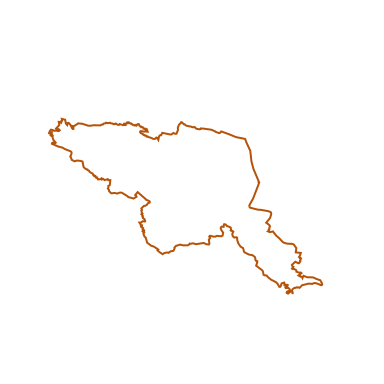 Kudus, Jawa Tengah, Indonesia, rotated 291°
{"feature_id": "22746128B61967707401144", "entity_name": "Kudus", "entity_type": "district", "adm_level": 2, "iso_a3": "IDN", "parent_name": "Indonesia", "parent_adm1": "Jawa Tengah", "projection": "equal_earth", "projection_center": [110.867, -6.798], "detail": "fine", "context": "isolated", "style": "outline", "palette": "amber", "viewbox_px": 384, "rotation_deg": 291, "n_neighbors": 0, "source": "geoboundaries", "source_scale": "gbopen_adm2", "svg_char_len": 6064}
<svg xmlns="http://www.w3.org/2000/svg" viewBox="0 0 384 384"><g transform="rotate(291 192 192)"><path d="M132.7,322.4L133.9,322.2L134.5,321.9L135.0,321.3L135.4,320.9L135.6,320.3L137.8,321.0L139.4,322.2L139.5,322.9L140.5,323.8L140.5,324.6L141.1,325.2L141.1,326.8L144.4,328.2L148.2,333.6L149.4,337.4L150.5,338.3L151.2,339.8L151.4,342.8L151.2,345.8L151.6,346.5L152.3,346.6L152.3,346.3L153.5,345.9L155.6,343.3L155.4,339.2L155.7,336.3L155.4,334.8L153.7,330.1L153.7,326.1L151.3,326.0L152.2,325.2L151.9,324.0L152.2,323.5L151.9,323.4L152.2,321.3L155.5,323.2L155.8,322.3L155.1,321.2L155.0,318.0L156.0,317.7L156.4,317.2L156.9,314.3L156.2,313.9L156.3,312.9L158.4,313.3L158.3,312.7L159.7,311.4L163.9,313.4L163.6,316.6L164.0,316.7L164.0,317.5L165.5,317.9L166.4,318.0L166.7,317.4L168.8,317.6L168.9,316.7L169.4,316.8L169.7,315.2L171.6,315.6L174.1,315.4L172.8,310.5L177.0,309.5L179.5,305.8L179.4,303.9L177.9,299.4L177.6,296.2L177.8,294.7L180.0,290.2L181.5,286.1L184.2,281.7L182.4,279.1L182.5,277.0L183.6,277.7L184.3,277.1L185.3,277.6L186.0,277.0L188.0,277.1L189.0,275.7L189.9,272.3L195.7,274.2L199.9,273.9L201.3,272.9L201.5,271.0L201.2,268.7L200.0,262.6L199.1,259.8L198.2,252.1L198.4,251.3L200.1,250.3L207.9,251.4L224.2,251.4L225.2,251.0L225.4,250.8L225.1,249.5L225.5,250.8L235.8,240.9L242.1,236.4L251.4,231.6L257.9,224.9L260.6,222.6L259.0,213.4L259.2,205.5L259.0,197.5L257.3,197.0L256.7,196.3L256.6,192.6L256.9,191.8L257.1,187.8L255.0,178.8L254.4,178.1L254.4,177.4L253.8,177.4L253.2,176.5L252.7,174.2L252.8,172.6L253.5,171.6L253.5,170.9L252.7,169.6L252.7,167.2L252.4,166.7L251.9,162.5L252.6,160.6L252.3,160.1L253.5,157.4L253.1,156.7L252.0,156.7L250.4,155.8L247.1,155.7L244.8,156.7L240.8,156.6L240.3,155.2L240.4,153.4L238.4,152.2L237.9,151.2L236.6,143.1L233.9,142.8L233.7,142.0L232.3,141.3L228.5,141.9L230.2,139.7L229.9,139.0L228.7,138.7L228.0,137.9L227.7,136.5L227.9,134.7L227.7,131.6L227.9,130.9L227.6,130.3L227.9,130.2L227.7,129.7L228.1,129.0L227.7,128.3L228.2,127.5L227.9,126.2L228.5,125.5L228.6,123.1L229.4,122.0L230.3,122.1L231.0,124.1L231.1,125.7L231.7,126.6L232.4,126.9L232.1,128.0L232.4,129.0L233.6,127.9L233.4,127.4L233.6,127.1L234.4,127.2L234.5,126.4L233.6,126.1L233.7,125.5L234.1,125.0L233.7,124.0L234.6,123.5L234.8,122.3L234.3,121.3L234.9,120.9L234.7,120.1L235.3,118.9L236.2,118.2L236.2,117.4L235.7,116.8L234.9,116.6L234.6,115.8L234.0,116.1L233.9,115.2L233.4,114.4L233.8,113.7L233.4,112.4L233.9,111.6L233.8,110.5L234.2,110.3L233.8,108.8L234.4,108.1L234.1,107.1L233.6,106.5L233.4,106.6L233.2,107.5L232.9,107.1L231.4,104.1L230.9,104.2L231.0,105.2L230.7,105.9L230.5,105.7L230.1,103.9L229.7,103.7L229.5,100.1L228.7,100.0L228.1,98.6L228.6,96.3L227.6,95.6L227.7,94.9L227.2,94.4L227.4,93.0L227.0,91.5L227.3,90.6L226.1,88.8L225.9,87.0L225.4,87.0L224.2,85.0L223.0,84.6L222.5,83.3L221.4,82.7L219.1,76.3L217.4,73.3L216.7,71.3L216.4,65.2L215.3,61.2L211.4,58.4L211.0,57.9L210.8,56.8L209.5,58.3L208.4,58.7L208.1,58.1L208.7,57.0L210.8,54.9L212.4,52.0L211.9,51.2L209.8,51.5L210.6,49.8L214.0,47.7L213.6,44.3L212.6,45.0L211.7,45.1L211.3,44.6L210.8,45.0L209.6,45.0L209.9,43.5L209.7,42.5L206.9,44.1L202.5,42.3L202.0,43.2L202.8,44.6L202.8,45.5L202.2,46.4L201.1,45.8L200.5,42.9L199.7,41.2L199.9,40.1L199.6,37.9L197.2,37.4L195.6,37.5L195.7,38.3L197.6,39.7L196.7,40.1L194.2,39.7L194.0,40.4L195.0,41.4L194.8,41.8L193.0,42.2L191.0,43.9L189.2,47.1L188.8,47.0L188.4,45.7L188.3,44.4L187.5,43.8L186.8,43.9L186.5,50.8L187.0,55.2L186.5,58.2L186.5,64.1L185.9,65.3L184.5,65.8L181.4,65.7L181.0,66.5L178.9,68.2L178.6,71.5L180.1,73.2L181.1,76.8L181.2,78.9L176.5,81.8L175.5,84.1L175.5,86.3L175.1,86.5L175.0,88.2L174.3,88.9L173.7,90.8L173.6,92.7L173.0,93.3L172.5,94.6L172.1,94.3L171.7,95.3L172.3,96.1L171.2,97.0L171.5,97.4L171.2,97.9L171.4,98.3L170.8,98.5L170.6,99.5L170.1,99.8L171.3,102.3L172.4,102.6L172.3,103.3L171.6,103.6L172.4,104.4L171.8,106.2L173.8,108.7L173.0,109.7L173.8,111.5L169.4,112.7L168.8,112.7L167.6,111.7L166.3,112.3L165.1,112.2L164.2,113.7L163.1,114.3L162.0,116.6L162.0,117.5L163.4,120.1L163.7,122.6L165.6,124.9L166.2,126.7L164.9,133.6L164.3,134.5L164.6,135.5L164.9,139.7L167.7,141.9L168.7,140.9L168.9,140.1L172.4,141.3L168.8,151.3L168.4,151.5L168.2,155.5L167.6,156.2L167.0,156.3L165.8,154.9L164.2,154.6L162.7,153.6L161.6,152.0L158.5,150.6L157.3,151.8L156.3,151.4L154.6,152.8L153.3,152.8L153.5,153.4L153.1,153.3L152.1,154.1L152.0,154.7L151.3,154.6L151.0,155.2L150.2,155.3L149.5,157.6L147.9,158.8L147.5,158.5L147.1,156.5L145.2,155.3L144.6,153.9L143.6,155.4L143.0,155.7L143.0,157.3L142.4,157.4L141.9,156.6L141.2,157.0L140.9,159.2L139.7,159.1L139.3,160.7L138.8,161.2L138.4,161.3L137.9,159.9L137.5,159.9L137.0,161.9L135.6,161.6L133.4,163.6L132.8,165.2L128.6,168.3L127.2,173.4L127.4,175.5L126.6,179.5L126.2,181.1L125.2,180.7L124.4,182.7L123.4,186.8L124.8,187.8L126.3,189.8L126.8,191.2L126.7,191.8L129.1,193.4L130.1,195.4L130.8,195.8L133.0,196.0L133.8,195.5L136.0,196.4L138.7,199.9L138.9,202.5L140.7,207.1L141.4,207.9L143.0,208.4L142.9,208.8L144.5,211.5L144.7,214.4L148.6,221.2L148.4,224.2L149.0,226.5L150.0,226.8L153.5,224.8L155.5,225.4L156.5,224.1L157.4,224.3L157.8,225.4L157.9,227.5L158.7,229.8L160.0,231.0L161.1,235.1L162.3,236.2L165.2,235.6L167.2,232.8L168.1,232.0L169.2,231.6L170.3,232.1L170.8,234.0L173.2,233.4L173.7,234.2L173.7,235.0L172.7,237.0L172.9,238.2L172.7,240.8L170.7,242.1L170.0,241.9L169.8,242.4L170.1,243.9L169.7,244.8L167.3,244.6L165.4,245.8L164.6,247.7L165.7,249.8L165.6,250.4L163.1,251.6L160.8,253.5L158.4,256.9L157.9,259.8L155.0,261.9L154.5,262.7L154.0,267.6L154.7,271.0L153.9,273.9L152.8,274.9L151.6,275.3L150.9,276.2L150.8,277.3L150.4,277.1L149.9,278.1L146.2,278.3L144.0,285.8L143.1,286.8L140.3,288.5L140.2,289.4L140.8,291.6L139.6,293.7L138.5,297.3L137.9,302.8L136.9,304.9L134.7,307.5L135.0,308.3L135.8,308.6L138.7,308.4L139.4,309.1L139.5,309.7L140.5,310.4L140.1,311.0L138.2,311.7L139.5,313.9L139.4,314.8L138.1,314.6L137.1,313.3L136.2,313.4L135.9,314.1L137.0,316.2L136.4,317.9L135.9,318.2L134.9,318.3L133.1,316.5L132.0,316.4L131.6,316.8L131.6,318.1L133.9,319.4L134.9,320.6L135.0,321.1L134.5,321.8L132.7,322.4Z" fill="none" stroke="#b45309" stroke-width="2"/></g></svg>